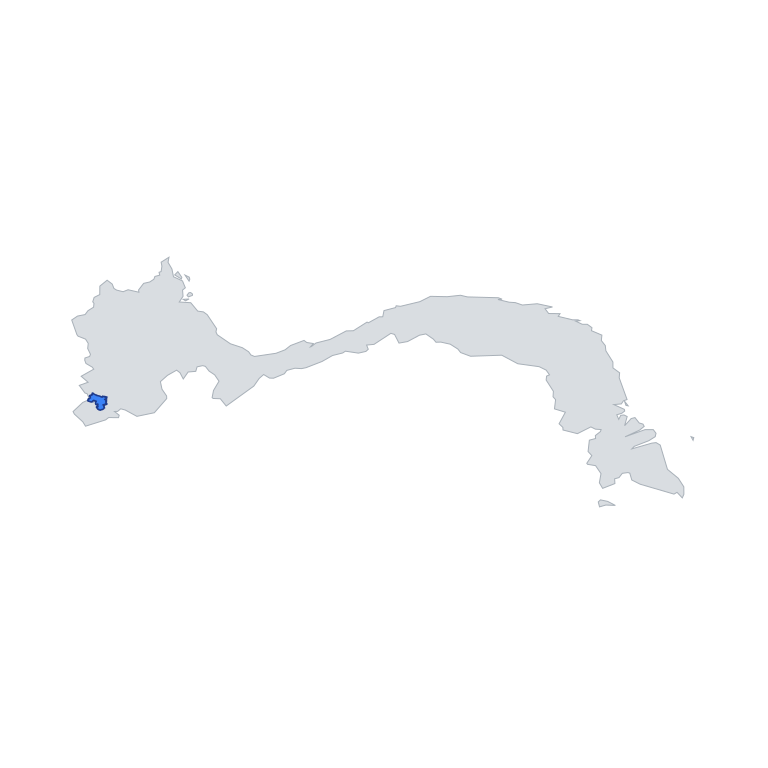 Nam Nhun, Lai Chau, Vietnam (highlighted), rotated 285°
{"feature_id": "81297802B14703404520131", "entity_name": "Nam Nhun", "entity_type": "district", "adm_level": 2, "iso_a3": "VNM", "parent_name": "Vietnam", "parent_adm1": "Lai Chau", "projection": "equal_earth", "projection_center": [102.988, 22.256], "detail": "fine", "context": "in_parent", "style": "filled", "palette": "blue", "viewbox_px": 768, "rotation_deg": 285, "n_neighbors": 0, "source": "geoboundaries", "source_scale": "gbopen_adm2", "svg_char_len": 7647}
<svg xmlns="http://www.w3.org/2000/svg" viewBox="0 0 768 768"><g transform="rotate(285 384 384)"><path d="M450.8,143.5L445.6,143.9L440.2,149.4L433.1,152.9L431.4,162.7L425.5,167.2L422.6,165.1L416.7,167.2L410.2,165.0L412.5,176.3L406.2,185.2L406.9,190.9L405.2,195.3L394.1,208.0L390.8,208.2L388.4,210.2L383.1,225.2L382.4,237.8L380.1,244.9L377.6,247.9L377.1,251.8L385.7,271.7L391.4,279.6L397.0,283.8L405.4,295.5L404.1,298.6L404.8,305.3L400.8,303.3L401.3,304.1L406.0,307.7L413.1,320.4L425.5,333.8L427.5,340.6L439.4,351.6L439.1,353.1L447.6,361.9L448.6,365.4L454.9,365.0L460.8,375.4L462.7,375.5L463.3,379.8L472.8,397.3L480.7,406.2L484.7,422.5L489.5,434.9L489.7,442.0L496.9,472.1L496.5,476.1L495.1,472.2L495.4,483.7L496.6,489.8L496.1,497.2L501.2,511.3L502.0,526.8L498.4,520.1L494.7,524.8L497.5,535.8L494.4,534.8L494.8,549.7L496.2,554.9L495.9,556.9L494.3,552.9L493.0,560.0L494.3,564.9L492.2,570.3L489.2,570.6L487.6,581.8L482.2,582.7L478.4,587.8L473.5,589.7L464.5,599.4L458.8,601.0L455.8,608.7L450.8,609.6L431.9,622.8L429.7,619.6L426.2,618.4L423.6,611.3L421.7,622.7L420.2,623.5L417.3,621.3L414.5,616.8L410.6,619.9L415.0,620.8L416.2,623.8L415.5,627.3L406.0,627.2L414.6,631.7L416.5,635.1L412.4,640.6L412.3,644.5L410.4,646.3L405.6,642.8L395.4,630.5L407.5,648.0L409.6,655.9L406.8,659.5L403.3,659.6L397.7,654.4L388.6,641.9L385.5,640.2L396.2,658.0L397.8,662.0L396.5,666.6L374.9,679.9L369.1,692.7L362.3,700.2L355.1,702.2L351.2,701.6L355.2,695.1L352.7,692.6L353.5,657.4L355.4,648.2L361.5,644.5L361.6,642.6L359.4,637.3L354.4,635.2L352.1,631.3L347.6,632.8L339.8,622.2L344.3,617.6L353.6,616.8L359.9,609.5L359.1,601.4L359.9,600.4L368.6,603.3L371.6,598.6L382.9,596.9L386.1,602.5L388.9,601.5L394.1,605.4L396.2,605.5L395.1,599.9L396.1,594.9L386.1,583.7L385.9,568.8L388.4,568.0L390.9,563.4L403.7,566.5L404.1,555.1L413.3,553.8L415.4,550.6L420.8,549.5L429.8,539.6L433.7,539.0L435.7,541.5L439.4,537.0L440.9,529.4L438.2,508.0L442.3,490.3L433.2,460.4L434.2,449.9L436.9,446.3L439.6,437.7L439.2,428.1L437.8,423.4L440.1,420.1L443.2,411.5L440.3,405.6L431.1,395.8L427.4,387.9L434.6,381.4L434.7,377.5L419.7,364.1L417.1,357.1L413.5,359.8L410.8,358.1L407.2,351.3L405.7,338.2L403.3,336.1L398.2,326.9L389.7,318.3L379.6,304.5L377.5,300.3L376.2,293.9L372.0,286.6L368.1,285.1L361.0,275.8L360.1,271.9L362.0,265.3L357.1,262.0L348.3,258.8L321.9,237.3L327.4,229.7L325.8,222.7L326.4,221.5L333.6,221.0L344.0,223.9L349.0,218.1L351.2,211.7L354.8,206.9L354.8,204.1L352.2,199.0L347.5,198.9L344.9,191.7L336.9,188.8L342.1,184.0L343.7,180.1L336.3,172.6L328.4,167.4L321.5,170.9L316.2,177.1L313.7,177.9L296.8,169.6L288.8,153.7L291.9,140.8L291.9,136.1L288.6,133.8L287.7,130.8L285.3,136.3L282.8,136.3L280.3,126.7L277.3,124.4L266.0,106.6L269.5,102.9L274.8,92.7L276.9,90.8L288.2,97.8L293.0,103.6L297.8,99.7L297.9,97.5L303.8,90.0L309.1,97.7L313.1,89.5L323.2,99.8L324.8,97.8L326.7,90.8L329.5,88.8L331.7,88.4L334.4,92.5L336.7,92.8L341.6,88.6L346.7,87.8L350.1,84.1L351.0,76.1L352.2,74.6L365.0,65.8L370.3,70.4L373.7,77.3L378.2,79.1L383.0,83.6L386.8,83.0L388.0,81.4L392.6,81.6L396.8,86.3L405.0,84.2L412.6,89.7L410.2,95.6L406.4,98.4L405.5,101.4L405.6,108.1L408.8,112.4L409.2,123.5L411.3,122.6L419.0,125.8L421.9,131.3L425.6,134.6L428.6,134.9L431.1,139.2L433.7,137.8L434.9,139.6L440.3,139.0L444.0,137.2L450.8,143.5ZM328.1,623.1L328.5,630.4L326.6,638.9L324.5,629.6L321.1,624.0L325.5,621.5L328.1,623.1ZM439.2,155.8L434.7,161.1L433.0,161.1L435.2,153.6L439.2,155.8ZM421.3,175.8L420.0,176.0L417.5,172.5L418.8,170.7L421.7,172.0L422.3,173.6L421.3,175.8ZM436.8,168.2L435.0,169.3L432.9,169.1L437.7,163.6L436.8,168.2ZM413.8,168.1L415.7,173.7L413.0,170.8L413.8,168.1ZM429.7,620.7L426.1,625.5L425.9,623.3L429.7,620.7ZM412.4,697.1L409.6,697.1L412.6,694.2L412.4,697.1Z" fill="#d9dde1" stroke="#a8b0b8" stroke-width="1"/><path d="M295.0,120.6L295.2,120.4L295.3,120.3L295.3,120.2L295.5,119.9L295.7,120.1L295.8,120.1L296.0,120.1L296.4,120.2L296.5,120.2L296.5,119.8L296.4,119.7L296.5,119.4L296.6,119.0L296.7,118.9L296.8,118.3L297.1,118.4L297.2,118.5L297.3,118.6L297.5,119.0L297.7,119.4L297.7,119.5L297.8,119.5L298.0,119.6L298.1,119.8L298.3,119.7L298.3,119.4L298.5,119.4L298.7,119.5L298.8,119.4L298.9,119.2L299.1,119.4L299.6,119.7L299.7,119.3L299.7,119.1L299.6,118.7L299.7,118.2L299.6,117.9L299.4,117.9L299.2,117.9L299.2,117.5L299.2,117.4L299.6,117.2L299.6,116.9L299.5,116.7L299.5,116.4L299.4,116.2L299.2,116.1L299.3,115.6L299.3,115.3L299.2,115.3L298.9,115.6L298.6,115.3L298.5,115.0L298.4,115.0L298.4,114.9L298.5,114.6L298.4,114.5L298.3,114.4L298.3,114.2L298.4,113.9L298.4,113.7L298.5,113.5L298.6,113.4L298.6,113.0L298.7,112.8L298.6,112.6L298.7,112.3L298.7,112.1L298.8,111.8L298.8,111.7L298.6,111.1L298.6,110.9L298.6,110.6L298.6,110.4L298.6,110.2L298.6,109.8L298.8,109.7L298.8,109.4L298.8,109.2L298.7,109.1L298.9,108.9L298.8,108.7L298.9,108.4L298.8,108.0L298.9,107.8L299.1,107.3L299.1,106.9L299.1,106.6L299.4,106.2L299.7,105.8L299.7,105.5L299.8,105.3L299.8,105.2L299.8,104.9L299.7,104.8L299.7,104.7L299.3,104.7L299.2,104.8L299.0,105.0L298.9,104.9L298.7,104.9L298.6,104.5L298.5,104.4L298.4,104.4L298.2,104.6L297.8,104.7L297.6,104.7L297.5,104.4L297.6,104.0L297.5,103.9L297.3,103.7L297.2,103.4L297.0,103.2L296.9,103.1L296.8,102.9L296.7,102.9L296.6,102.7L296.3,102.7L296.1,102.6L296.0,102.9L296.1,103.0L296.1,103.4L296.0,103.5L295.9,103.6L295.7,103.7L295.4,103.5L295.2,103.7L295.0,103.8L294.9,103.7L294.7,103.7L294.5,103.9L294.4,103.8L294.2,103.6L294.0,103.4L293.9,103.1L293.7,103.1L293.4,103.1L293.2,102.9L293.3,102.6L293.1,102.5L293.1,102.3L292.9,102.3L292.7,102.3L292.4,102.3L292.3,102.2L292.2,102.1L291.8,102.2L291.7,102.1L291.4,102.1L291.2,102.2L291.3,102.5L291.2,102.8L290.9,102.9L290.9,103.0L290.9,103.3L290.9,103.5L291.0,103.9L290.9,104.3L290.8,104.5L290.8,104.9L290.8,105.0L290.8,105.3L290.9,106.0L291.0,106.0L291.2,106.3L291.3,106.5L291.3,106.8L291.4,107.1L291.5,107.3L291.7,107.2L291.8,107.0L292.0,107.0L292.6,107.3L293.0,107.7L292.9,107.9L292.9,108.0L293.0,108.1L293.1,108.3L293.0,108.6L292.9,108.6L292.9,108.8L292.7,108.9L292.7,109.0L292.8,109.5L293.0,109.7L293.0,110.0L292.9,110.2L292.9,110.3L292.7,110.4L292.7,110.5L292.4,110.5L292.1,110.4L291.9,110.3L291.7,110.2L291.3,110.2L291.2,110.2L290.7,110.3L290.2,110.7L290.0,110.8L289.8,110.8L289.7,111.0L289.6,111.3L290.0,111.6L290.2,112.0L290.4,112.2L290.4,112.4L290.5,112.5L290.5,112.8L290.4,112.9L290.2,113.0L289.9,113.0L289.7,113.0L289.4,113.1L289.2,112.8L289.1,112.7L288.8,112.7L288.8,112.8L288.8,113.0L288.7,113.1L288.2,113.4L288.1,113.5L287.8,113.0L287.7,112.6L287.7,112.3L287.6,112.2L287.4,112.2L287.2,112.2L287.1,112.3L286.8,112.5L286.7,112.6L286.7,112.8L286.6,113.1L286.5,113.4L286.3,113.5L286.1,113.7L285.9,113.7L285.7,113.9L285.7,114.0L285.6,114.3L285.6,114.6L285.6,115.0L285.4,115.2L285.3,115.3L285.2,115.4L285.2,115.7L285.4,116.2L285.3,116.5L285.4,116.9L285.4,117.0L285.7,117.2L285.8,117.3L285.8,117.5L286.0,117.7L286.4,118.1L286.5,118.3L286.5,118.6L286.5,118.8L286.8,119.0L287.0,119.2L287.2,119.3L287.4,119.5L287.6,119.6L287.8,119.8L288.0,119.8L288.3,119.8L288.5,119.8L288.8,119.8L289.0,119.8L289.0,120.0L289.2,119.9L289.3,119.5L289.4,119.3L289.5,119.3L289.7,119.2L289.8,119.2L289.9,119.3L290.0,119.4L290.3,119.4L290.4,119.2L290.5,119.0L290.6,118.9L290.8,118.8L291.0,118.8L291.1,118.7L291.2,118.4L291.2,118.1L291.4,118.2L291.4,118.3L291.5,118.9L291.5,119.0L291.3,119.3L291.3,119.7L291.4,119.8L291.5,119.7L291.7,119.8L291.9,120.1L292.0,120.2L292.1,120.3L292.3,120.5L292.4,120.8L292.3,121.0L292.5,121.3L292.8,121.3L293.0,121.4L293.1,121.5L293.2,121.4L293.3,121.2L293.4,120.7L293.5,120.5L293.5,120.4L293.6,120.5L293.7,120.4L293.9,120.4L294.1,120.3L294.3,120.2L294.3,120.3L294.6,120.5L294.8,120.6L295.0,120.6Z" fill="#3b82f6" stroke="#1e3a8a" stroke-width="1.5"/></g></svg>